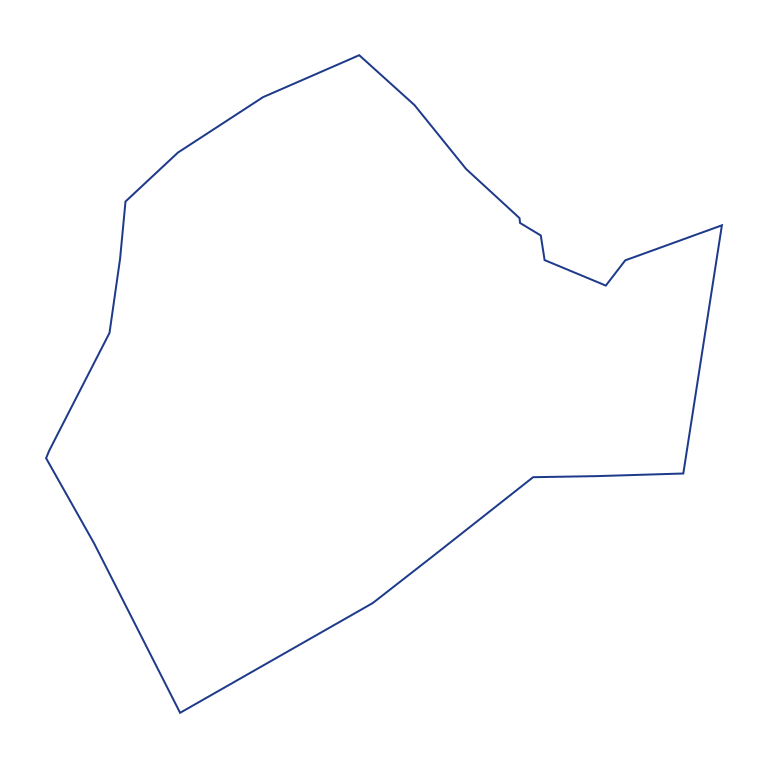 outline of Bayanjargalan, Dundgovi, Mongolia
{"feature_id": "93677404B99801901120424", "entity_name": "Bayanjargalan", "entity_type": "district", "adm_level": 2, "iso_a3": "MNG", "parent_name": "Mongolia", "parent_adm1": "Dundgovi", "projection": "natural_earth1", "projection_center": [108.081, 45.774], "detail": "fine", "context": "isolated", "style": "outline", "palette": "blue", "viewbox_px": 768, "rotation_deg": 0, "n_neighbors": 0, "source": "geoboundaries", "source_scale": "gbopen_adm2", "svg_char_len": 433}
<svg xmlns="http://www.w3.org/2000/svg" viewBox="0 0 768 768"><path d="M414.5,105.1L359.2,55.2L263.1,97.1L178.0,152.5L125.5,201.5L120.1,258.6L109.5,332.9L57.8,433.8L49.0,451.1L46.1,458.2L93.9,543.0L180.1,712.8L372.8,603.0L434.5,554.9L533.1,477.2L597.6,476.1L683.3,473.5L721.9,225.3L625.3,260.3L605.8,285.6L544.6,260.1L540.8,235.5L520.1,223.0L519.5,218.1L466.1,169.0L414.5,105.1Z" fill="none" stroke="#1e3a8a" stroke-width="2"/></svg>